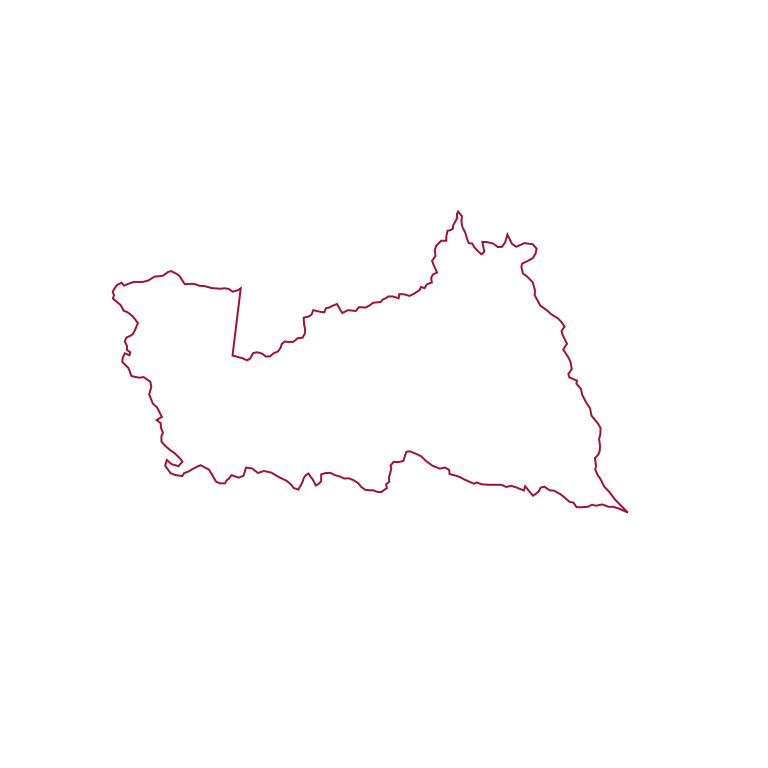 outline of Trombas, Goiás, Brazil, rotated 308°
{"feature_id": "56859067B26848935724930", "entity_name": "Trombas", "entity_type": "district", "adm_level": 2, "iso_a3": "BRA", "parent_name": "Brazil", "parent_adm1": "Goiás", "projection": "equal_earth", "projection_center": [-48.759, -13.427], "detail": "fine", "context": "isolated", "style": "outline", "palette": "rose", "viewbox_px": 768, "rotation_deg": 308, "n_neighbors": 0, "source": "geoboundaries", "source_scale": "gbopen_adm2", "svg_char_len": 4210}
<svg xmlns="http://www.w3.org/2000/svg" viewBox="0 0 768 768"><g transform="rotate(308 384 384)"><path d="M432.8,655.3L435.2,637.1L437.6,628.2L438.7,620.8L442.1,613.9L443.6,608.9L446.6,603.2L450.1,601.4L455.4,595.9L460.7,596.3L463.7,595.3L468.0,592.6L473.1,587.3L477.4,585.5L482.6,581.8L484.6,576.8L486.8,567.0L491.9,561.1L493.7,555.0L497.5,546.9L501.4,542.3L502.7,535.5L505.4,534.0L503.3,526.0L505.4,523.1L511.3,522.8L516.4,517.2L518.7,512.3L521.5,504.0L528.4,503.4L532.5,494.8L535.0,491.3L540.4,490.9L542.1,485.7L542.8,480.9L541.9,472.6L542.4,467.3L542.0,459.1L546.6,448.3L550.8,445.2L555.7,438.7L556.9,429.9L556.5,425.4L561.0,420.1L563.8,418.7L569.5,421.5L575.1,423.8L580.5,423.0L584.6,420.9L585.7,415.1L581.5,408.0L573.5,403.6L573.3,398.4L577.8,389.2L570.1,392.3L564.8,392.5L562.0,389.5L561.9,383.7L559.0,377.4L556.5,374.0L550.1,381.5L546.2,381.0L546.6,375.2L547.5,370.5L549.0,367.1L547.2,364.1L549.6,359.9L553.2,355.0L555.6,349.7L557.7,347.0L560.0,344.8L564.2,342.1L565.6,336.2L562.8,336.9L559.7,339.5L551.4,340.9L548.9,342.7L546.2,341.7L543.9,339.7L538.2,342.5L535.2,344.9L532.2,340.9L528.9,340.5L525.1,340.1L520.8,341.5L516.6,345.7L510.7,346.0L508.4,349.8L504.5,357.2L500.3,355.1L496.7,355.8L493.4,359.2L488.9,356.4L484.5,357.0L483.3,353.4L480.0,354.2L473.4,352.0L469.1,349.8L467.0,344.5L464.3,340.8L460.6,342.7L458.2,336.7L455.5,333.4L452.8,332.7L449.9,331.0L446.6,330.9L443.9,328.0L441.2,325.4L436.9,324.2L433.0,322.5L429.1,316.9L424.2,316.9L420.1,310.2L414.2,307.4L415.6,303.8L418.1,297.7L413.3,294.9L410.4,293.7L408.0,291.6L403.8,292.7L401.8,289.7L398.6,282.8L394.1,284.2L391.0,283.2L386.8,279.9L382.2,283.9L378.4,288.3L374.7,290.7L370.3,291.3L367.0,287.8L361.5,286.6L358.6,283.2L356.3,279.6L352.6,278.8L349.1,280.2L344.4,280.4L339.9,278.0L335.7,277.2L332.9,274.0L332.9,269.3L330.9,264.5L327.9,261.9L321.5,262.8L318.4,261.6L317.0,256.2L313.2,247.1L371.2,212.2L368.0,211.2L363.6,207.9L363.3,203.1L361.2,199.3L358.4,196.5L353.5,189.2L350.8,182.6L347.8,178.1L346.3,173.5L344.4,170.6L340.0,165.6L343.2,156.4L343.0,152.5L342.0,146.9L339.6,145.0L333.4,143.2L330.6,140.6L327.3,137.0L320.4,134.5L315.9,131.1L310.6,124.2L305.8,121.0L301.5,118.6L302.2,114.8L297.5,112.7L292.6,112.9L289.6,113.5L287.7,116.6L284.4,117.8L284.1,127.8L281.5,133.7L282.6,137.7L282.7,141.6L282.4,145.5L280.5,152.5L272.8,154.7L268.3,155.3L265.2,154.1L262.0,152.4L258.0,153.5L255.8,158.0L252.6,160.5L252.7,164.6L249.9,165.7L248.6,160.9L243.7,162.0L240.3,164.2L239.2,172.9L234.8,180.0L236.6,184.0L238.4,187.4L241.5,190.4L241.9,198.5L238.5,202.4L231.3,205.3L226.3,213.8L225.8,219.7L221.3,229.2L215.6,227.0L215.7,232.2L212.3,235.0L209.3,240.0L206.0,240.6L201.6,244.1L200.5,250.2L200.3,255.6L200.6,261.2L199.9,267.9L198.8,272.9L192.8,272.7L190.1,266.1L190.4,259.7L184.9,261.8L182.3,270.7L184.0,276.2L187.3,281.7L190.7,281.4L194.8,283.8L199.4,285.6L204.3,287.9L207.1,289.4L207.8,293.5L208.8,298.6L207.0,303.6L205.1,308.1L203.6,312.1L204.9,316.1L207.8,319.9L211.1,319.3L213.9,320.1L218.2,319.9L220.9,327.3L225.3,329.8L229.7,328.0L233.3,326.8L236.2,332.0L236.3,339.5L238.8,341.1L241.4,342.9L243.2,346.3L244.8,349.8L245.9,358.3L247.8,366.9L247.5,373.1L246.4,376.6L248.0,381.5L251.6,381.0L256.1,380.2L260.7,378.6L264.1,378.6L266.9,379.6L265.7,383.4L264.8,386.9L262.0,392.7L265.2,394.0L268.7,394.4L274.1,390.1L278.0,392.9L281.0,396.6L282.0,401.6L284.1,406.7L284.9,410.6L288.0,414.3L289.4,419.0L290.0,424.6L288.9,429.2L289.1,434.4L291.6,438.3L293.6,441.0L294.8,445.0L297.1,448.4L300.2,449.2L303.6,450.4L306.3,447.4L310.2,448.4L313.2,445.6L317.4,443.8L321.6,442.0L323.9,439.3L328.5,439.5L331.2,443.2L335.1,446.6L339.8,445.0L344.4,443.4L346.8,445.7L348.5,451.6L349.9,457.8L349.2,464.3L349.4,472.0L351.6,480.0L355.8,483.6L356.4,488.3L353.4,491.1L356.2,497.6L357.5,501.6L358.2,506.0L360.8,516.3L363.4,517.7L365.4,523.2L369.3,528.9L373.0,533.7L376.8,538.5L378.1,543.7L382.0,546.8L383.7,551.0L386.2,559.7L390.3,558.2L388.7,565.3L387.7,570.1L390.7,571.2L394.7,572.1L398.7,571.2L401.8,573.6L402.2,580.0L404.7,583.7L405.8,591.5L405.7,595.8L405.4,602.8L407.2,606.4L405.5,611.5L408.1,615.1L412.6,620.1L416.9,622.2L418.6,626.0L423.5,630.2L425.5,636.6L428.4,640.3L430.4,645.6L431.4,649.8L432.8,655.3Z" fill="none" stroke="#9f1239" stroke-width="2"/></g></svg>